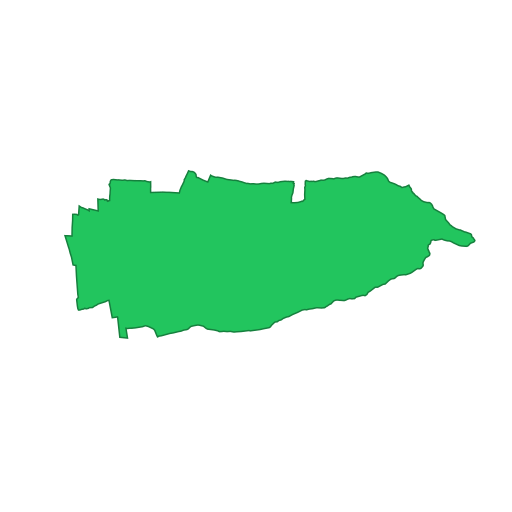 the district of Pancesti, Neamt, Romania, rotated 122°
{"feature_id": "2599482B84099352345268", "entity_name": "Pancesti", "entity_type": "district", "adm_level": 2, "iso_a3": "ROU", "parent_name": "Romania", "parent_adm1": "Neamt", "projection": "albers", "projection_center": [27.134, 46.914], "detail": "fine", "context": "isolated", "style": "filled", "palette": "green", "viewbox_px": 512, "rotation_deg": 122, "n_neighbors": 0, "source": "geoboundaries", "source_scale": "gbopen_adm2", "svg_char_len": 6133}
<svg xmlns="http://www.w3.org/2000/svg" viewBox="0 0 512 512"><g transform="rotate(122 256 256)"><path d="M360.5,406.4L359.7,404.2L359.4,403.7L368.3,397.5L382.8,386.9L385.3,384.7L387.5,385.1L388.0,385.0L393.0,381.0L394.9,379.3L395.8,378.1L395.8,377.6L394.6,376.3L393.6,375.6L392.6,374.4L392.1,373.9L391.0,373.5L390.9,372.3L390.7,371.9L389.2,370.4L388.4,370.1L388.0,369.8L386.5,367.5L386.0,367.2L384.1,366.5L382.5,365.4L380.3,364.4L374.4,359.4L372.7,358.5L371.5,357.2L384.5,345.2L382.0,342.2L381.4,341.7L381.1,341.3L381.1,341.0L397.1,328.4L393.7,321.5L386.2,328.0L385.5,326.4L384.4,325.2L382.9,322.9L380.9,320.3L376.0,314.7L374.1,313.2L373.6,312.6L372.8,309.8L372.2,304.6L372.3,303.7L372.7,302.5L375.9,298.1L376.8,296.6L376.6,296.4L375.6,296.1L373.9,294.1L372.1,292.4L367.3,288.0L365.1,285.5L361.1,281.6L359.5,279.8L357.1,278.0L355.0,275.6L353.7,274.8L351.4,274.3L350.0,273.7L347.9,271.6L345.6,269.1L344.8,267.7L343.5,263.8L343.4,263.1L343.8,259.9L343.7,258.4L340.9,252.3L339.7,248.7L339.6,247.3L339.4,246.7L338.1,244.9L337.0,243.6L335.4,240.4L333.5,237.8L332.3,234.7L331.8,233.9L330.6,232.4L327.9,228.6L323.1,222.7L322.7,221.9L322.6,221.3L316.2,213.6L313.7,211.1L309.7,206.8L308.3,206.2L306.7,206.2L302.4,205.1L301.6,204.6L300.6,203.2L300.1,202.9L298.8,202.6L297.5,201.4L296.5,200.6L294.9,200.1L291.6,197.8L290.0,196.1L286.1,193.9L281.7,190.8L277.4,188.2L275.6,186.3L274.7,184.4L274.2,184.1L272.8,182.7L270.5,179.9L269.3,178.8L267.6,177.0L265.2,172.6L264.1,171.4L264.0,170.9L262.9,170.1L262.4,170.1L260.5,169.0L259.1,168.5L258.6,168.2L257.6,167.8L257.3,167.3L257.0,167.1L253.0,166.3L251.4,165.2L250.5,164.1L249.8,162.9L249.4,161.9L248.5,160.3L247.1,157.6L245.8,156.5L244.0,155.4L242.4,154.0L241.5,151.9L240.5,150.7L240.2,150.1L239.5,149.7L238.2,149.5L237.8,149.3L234.5,146.3L234.0,145.9L232.5,144.3L231.9,142.6L231.6,142.3L229.8,141.6L227.4,141.7L225.3,140.6L219.3,138.4L218.0,136.3L212.8,133.3L211.3,131.6L207.0,130.5L205.3,129.9L203.8,129.1L203.1,128.4L202.0,127.0L201.1,126.5L198.6,125.8L197.4,125.2L196.2,124.1L193.3,120.5L192.6,119.1L191.8,118.4L189.0,116.1L187.4,115.2L182.3,113.1L181.4,112.5L180.7,112.0L180.7,111.5L180.0,110.3L179.1,109.6L177.6,109.3L175.9,109.1L175.1,109.4L173.5,110.7L173.1,110.9L171.2,111.2L168.1,111.3L167.0,111.1L165.6,110.1L164.7,109.8L164.0,109.4L163.3,109.3L162.1,109.7L161.5,110.1L161.0,111.2L160.2,112.0L159.7,113.1L159.2,113.5L158.8,114.3L158.0,114.7L156.7,115.0L156.3,115.4L155.3,115.7L155.0,115.6L153.9,114.9L153.4,114.8L152.9,115.0L152.4,114.9L150.2,115.7L149.8,115.6L148.8,114.8L147.8,113.6L147.9,112.6L147.4,111.9L143.1,107.3L142.8,105.2L142.3,103.4L141.7,101.7L140.7,99.9L140.5,98.8L140.3,98.3L140.2,95.4L139.4,89.2L138.5,86.9L136.3,82.7L135.5,81.9L134.7,81.5L131.6,80.9L128.7,78.7L127.5,78.5L126.9,78.6L126.7,78.8L126.1,80.4L125.6,81.2L125.3,83.2L123.7,84.7L123.6,85.1L123.5,85.8L124.6,90.9L125.1,91.9L125.3,94.0L125.5,94.7L125.6,96.4L125.9,96.6L127.0,100.7L127.1,105.1L126.8,106.5L126.8,107.9L125.8,110.4L125.4,112.0L124.6,114.6L121.6,117.4L121.4,118.9L121.4,121.6L121.8,129.9L121.7,130.3L121.4,130.7L120.9,131.9L120.2,132.5L119.1,134.4L118.8,135.8L118.7,136.9L118.9,137.4L120.0,139.2L121.1,142.5L121.3,145.3L120.9,146.8L120.4,150.0L120.1,150.9L120.3,152.3L119.7,154.6L119.4,155.0L119.3,155.9L119.4,156.7L119.3,156.9L118.9,157.0L118.6,158.4L116.9,159.8L116.4,160.8L116.1,162.0L114.9,163.9L118.0,165.8L119.0,167.0L120.2,168.1L120.6,168.5L120.5,170.7L121.1,172.5L121.2,175.0L121.4,176.7L122.0,179.5L122.5,181.3L122.4,182.5L122.2,183.3L120.6,185.6L120.0,187.3L119.5,189.4L119.4,190.2L119.5,193.3L120.1,197.0L121.2,198.8L124.2,202.4L125.4,203.5L126.3,204.5L126.7,205.1L127.2,206.5L128.6,206.9L134.4,210.2L135.4,212.5L135.9,213.9L137.4,215.9L138.5,216.7L139.7,218.3L141.5,219.6L142.4,221.4L144.0,223.0L144.9,224.5L146.5,228.0L147.1,229.0L148.1,230.0L149.4,230.9L150.0,232.4L151.7,235.5L153.1,236.7L155.2,238.0L156.0,238.9L157.3,241.2L158.0,241.6L158.4,242.1L161.2,244.7L161.8,245.6L162.0,246.7L162.6,247.3L163.6,249.0L164.5,250.2L164.9,251.6L165.1,252.1L165.4,253.4L165.8,253.4L166.2,253.8L166.4,253.8L169.2,252.2L170.2,251.3L172.0,251.0L173.9,249.6L178.1,247.3L182.0,244.6L182.6,244.9L185.0,245.4L185.2,246.1L186.4,247.0L188.3,248.7L190.6,251.8L192.1,254.4L188.7,256.2L187.4,257.1L185.6,257.7L182.9,258.2L179.3,259.9L176.1,261.0L175.1,261.9L174.3,262.1L174.3,262.4L174.6,262.9L173.1,263.5L174.3,266.0L175.2,267.2L175.4,267.9L176.0,268.7L177.2,271.0L180.0,274.6L181.8,276.2L182.5,277.3L182.9,278.5L183.2,278.9L185.4,280.2L186.0,281.2L186.4,282.0L187.0,282.4L187.7,283.2L190.1,287.8L191.6,289.8L193.4,291.7L194.8,293.7L196.1,296.5L197.9,299.1L198.8,301.5L199.5,302.4L199.7,303.4L200.0,304.3L200.6,307.1L201.4,309.5L201.6,310.6L202.4,312.8L203.0,314.1L203.8,315.2L205.0,318.0L205.6,319.2L206.6,321.5L207.6,325.6L209.4,330.1L210.3,331.4L210.8,332.4L211.5,335.7L211.6,336.4L211.5,337.3L218.8,336.1L219.1,337.8L219.7,341.0L220.2,346.7L220.8,347.7L220.7,348.2L220.6,348.5L218.6,350.2L217.9,352.1L217.8,353.2L218.1,354.7L218.4,355.3L218.9,355.8L219.5,358.3L222.3,357.9L225.6,357.6L227.1,357.3L229.3,357.3L230.4,356.6L231.0,356.5L235.4,356.0L236.5,356.0L240.5,355.3L243.2,354.4L248.1,363.5L249.3,365.4L251.2,368.8L258.0,379.0L254.6,381.2L253.4,381.8L248.9,384.7L249.3,385.0L249.7,385.6L250.7,388.0L251.0,389.8L251.2,390.3L252.2,391.5L252.8,392.8L256.5,398.9L258.8,403.1L260.3,405.2L261.0,407.5L262.2,408.9L262.7,409.6L264.3,412.9L265.0,413.9L266.7,417.5L268.1,419.1L268.9,419.2L269.7,419.1L270.4,418.9L271.2,418.4L272.4,418.2L272.7,418.5L273.1,418.5L273.5,418.3L273.6,417.6L274.2,417.2L275.0,416.0L275.6,415.4L278.3,414.0L280.8,412.6L282.6,411.8L285.3,410.3L286.5,409.5L287.3,410.3L287.9,410.4L288.2,410.7L288.1,411.4L287.5,411.8L287.5,412.0L287.6,412.8L287.8,413.2L288.5,413.7L288.7,413.9L288.5,414.8L288.7,415.8L290.4,417.7L291.1,419.0L291.5,420.3L301.4,413.7L304.4,422.5L306.1,421.4L306.1,423.0L306.7,426.6L306.9,428.3L307.4,429.8L307.3,432.4L315.1,428.3L315.9,428.9L315.7,430.0L316.8,432.1L317.8,433.5L323.3,430.2L329.1,427.1L336.6,422.6L338.1,425.5L339.9,428.5L340.0,428.7L347.9,419.6L349.1,418.1L352.0,415.1L354.8,411.8L360.5,406.4Z" fill="#22c55e" stroke="#15803d" stroke-width="1.5"/></g></svg>